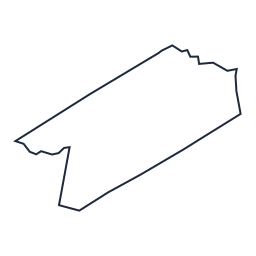 Sussex, Virginia, United States of America (Robinson projection)
{"feature_id": "52423323B89095979768241", "entity_name": "Sussex", "entity_type": "district", "adm_level": 2, "iso_a3": "USA", "parent_name": "United States of America", "parent_adm1": "Virginia", "projection": "robinson", "projection_center": [-77.249, 36.91], "detail": "fine", "context": "isolated", "style": "outline", "palette": "slate", "viewbox_px": 256, "rotation_deg": 0, "n_neighbors": 0, "source": "geoboundaries", "source_scale": "gbopen_adm2", "svg_char_len": 484}
<svg xmlns="http://www.w3.org/2000/svg" viewBox="0 0 256 256"><path d="M172.3,45.4L161.6,50.7L158.3,53.2L90.1,94.0L15.4,141.1L23.6,143.8L29.8,151.8L36.2,154.3L41.1,151.2L52.1,154.5L58.6,153.1L64.1,147.9L69.6,147.2L59.0,205.2L79.3,210.6L108.2,192.3L140.4,174.7L184.4,148.9L201.3,138.3L240.6,113.9L238.2,100.8L236.4,91.1L235.5,75.9L236.7,69.0L227.4,70.8L213.1,62.7L199.1,63.9L198.0,56.6L190.3,56.7L187.3,50.1L181.8,51.5L172.3,45.4Z" fill="none" stroke="#1e293b" stroke-width="2"/></svg>